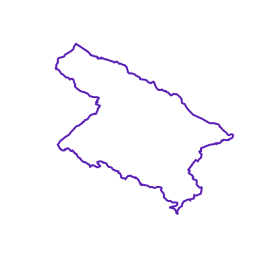 Pietrosani, Arges, Romania, rotated 127°
{"feature_id": "2599482B78356313934610", "entity_name": "Pietrosani", "entity_type": "district", "adm_level": 2, "iso_a3": "ROU", "parent_name": "Romania", "parent_adm1": "Arges", "projection": "albers", "projection_center": [24.853, 45.151], "detail": "fine", "context": "isolated", "style": "outline", "palette": "violet", "viewbox_px": 256, "rotation_deg": 127, "n_neighbors": 0, "source": "geoboundaries", "source_scale": "gbopen_adm2", "svg_char_len": 5827}
<svg xmlns="http://www.w3.org/2000/svg" viewBox="0 0 256 256"><g transform="rotate(127 128 128)"><path d="M183.7,174.0L184.0,173.1L184.8,171.2L185.2,169.9L185.7,169.2L185.2,167.8L185.2,167.5L185.4,167.1L184.7,165.9L183.9,165.2L183.2,165.6L182.9,165.6L182.1,164.5L181.0,164.5L180.6,164.0L180.2,162.9L180.6,160.7L180.8,160.0L180.4,159.3L179.5,159.0L179.3,158.3L179.4,157.9L179.9,157.3L179.8,156.7L179.9,155.6L180.1,155.4L180.3,154.7L179.8,154.0L179.8,153.6L180.0,152.9L180.5,152.3L181.0,151.5L181.0,150.5L181.4,150.0L181.3,149.4L181.1,148.9L181.1,147.6L181.1,147.4L181.6,146.9L181.7,145.2L182.1,143.8L181.9,143.2L181.3,142.0L180.9,140.3L181.0,138.5L180.5,137.3L181.5,135.3L181.8,135.0L181.3,134.6L180.9,134.8L180.3,134.8L179.5,134.1L179.2,134.1L179.0,133.9L178.4,132.2L178.1,129.9L177.7,128.6L177.3,128.2L176.0,127.7L175.5,127.3L175.2,127.3L175.1,128.2L174.5,129.0L174.8,130.2L174.7,130.6L173.8,131.9L172.8,131.6L171.0,129.8L170.8,128.8L170.5,128.4L170.3,127.5L170.6,127.1L170.5,126.5L169.8,125.8L169.8,125.2L169.4,124.6L169.4,123.5L169.9,122.6L170.3,122.1L170.3,121.5L170.7,120.8L170.6,119.7L169.8,118.6L169.7,118.2L169.6,116.8L170.1,115.4L170.0,114.3L170.1,114.0L170.1,113.8L169.6,113.2L169.6,112.1L169.1,111.0L168.7,110.5L168.7,109.9L168.5,109.5L169.2,109.1L169.7,108.5L169.1,107.5L169.1,107.2L170.1,104.9L170.4,104.6L171.4,104.2L171.4,102.2L171.0,101.4L170.3,100.7L170.3,99.2L167.8,99.3L166.2,99.0L165.4,97.9L164.5,97.2L164.3,96.9L164.5,95.4L163.9,94.4L163.7,92.2L162.9,92.2L162.9,89.8L163.3,88.1L165.3,84.3L164.8,84.2L165.3,82.5L164.5,82.3L162.8,78.8L162.2,77.2L162.0,74.7L161.3,74.2L160.6,73.3L160.3,72.2L160.3,71.4L159.5,70.4L158.2,69.5L157.2,69.1L155.7,66.3L155.6,65.5L155.8,64.9L157.5,64.6L158.4,62.7L158.6,60.7L159.9,58.8L160.8,58.2L161.5,57.9L161.9,56.5L162.0,54.7L162.4,53.8L162.0,51.8L161.7,51.3L161.0,50.7L160.7,49.9L160.7,47.6L160.3,46.9L159.3,46.0L158.8,45.2L158.2,44.0L158.2,43.4L159.7,42.5L160.5,42.5L162.4,43.7L165.7,46.6L166.1,46.7L166.3,46.6L165.1,43.9L164.6,42.1L165.4,39.8L166.9,38.0L166.6,36.1L166.1,37.6L164.8,38.6L161.2,39.0L159.9,38.7L157.8,38.0L155.7,39.2L154.0,39.1L153.1,39.3L151.5,38.2L150.8,38.1L150.0,37.7L148.2,36.3L148.3,34.8L147.3,35.1L144.6,33.0L141.7,34.7L141.3,33.3L140.1,32.3L136.8,30.4L135.5,30.8L131.3,33.1L131.1,33.6L132.4,34.7L132.5,35.8L132.3,36.3L132.2,37.4L132.2,38.0L131.8,39.3L129.0,41.1L128.7,42.1L129.0,43.6L129.3,44.1L129.6,44.9L129.4,45.9L129.0,46.3L127.9,46.2L127.7,46.4L127.2,48.5L127.5,51.6L127.3,52.5L126.9,52.7L125.6,52.6L125.0,53.0L125.0,53.9L125.1,54.7L119.6,54.6L119.6,54.8L112.9,54.7L112.5,52.2L110.4,52.4L108.6,52.0L107.3,51.9L106.2,52.8L105.4,53.0L104.6,53.5L104.5,54.5L104.5,56.0L104.1,56.2L103.8,56.8L103.4,56.8L103.2,56.3L102.5,55.7L102.1,55.8L101.7,56.4L100.2,57.5L92.4,52.8L88.9,49.4L87.9,49.2L87.9,48.7L87.7,47.7L86.9,47.4L86.3,47.6L86.3,47.2L85.8,47.0L85.7,46.7L85.6,46.3L85.2,45.8L84.7,45.8L83.9,45.4L82.6,45.4L81.8,45.8L81.7,45.8L81.7,45.4L81.2,44.7L80.6,44.6L80.0,44.8L78.2,41.7L77.4,41.0L77.3,40.8L77.0,40.8L76.8,40.3L75.4,40.3L74.4,39.4L73.6,39.1L72.4,38.9L70.6,39.6L70.3,40.5L70.4,41.1L71.7,42.5L72.9,42.9L73.3,43.6L73.2,44.5L72.8,45.6L72.5,47.6L72.5,51.3L71.8,53.4L71.9,55.5L71.5,55.7L70.9,56.5L70.8,57.6L70.9,58.7L72.0,60.8L72.0,61.7L75.0,65.7L76.0,74.1L78.2,84.0L77.3,90.0L76.7,92.7L74.8,97.4L75.1,97.9L75.4,100.0L74.5,101.1L73.0,102.1L72.1,104.4L71.6,108.9L71.7,109.4L72.3,110.2L73.2,112.1L75.6,112.8L76.1,113.4L75.9,113.9L76.1,114.2L75.8,116.0L75.6,116.8L75.5,117.4L76.0,118.5L76.1,119.3L75.8,119.7L75.7,120.2L75.8,120.5L76.7,121.4L76.9,122.6L76.7,123.8L77.1,124.3L77.5,124.3L79.0,126.0L79.3,127.6L79.2,128.3L77.8,131.6L76.6,133.4L75.6,135.3L76.4,136.1L76.9,136.1L78.4,136.6L79.2,139.2L78.8,142.4L80.3,145.4L81.5,147.1L81.6,147.5L81.6,147.9L80.9,148.3L80.7,149.1L80.7,150.0L81.3,152.9L81.1,154.8L81.8,157.2L83.1,159.3L83.7,159.8L83.4,160.8L83.5,161.5L83.4,161.8L83.1,161.9L80.0,166.1L80.2,166.9L79.9,167.3L79.8,167.9L80.0,168.4L80.0,168.9L80.5,169.7L80.8,171.0L80.7,171.7L80.9,172.0L81.4,173.1L82.0,173.6L81.7,175.3L81.8,176.1L81.6,176.6L82.0,177.2L82.6,177.7L83.3,177.8L84.0,178.5L83.9,179.6L84.0,180.2L84.4,181.0L85.0,182.5L85.0,183.1L85.6,184.4L85.9,185.3L85.8,185.8L87.0,187.9L87.7,191.5L87.8,191.6L88.4,191.0L90.5,193.6L89.8,194.2L90.3,194.9L89.9,195.2L89.8,196.0L90.7,197.4L91.4,199.2L91.7,200.7L92.1,201.1L92.2,201.7L92.0,202.4L91.5,203.5L91.2,206.7L91.3,206.9L91.2,207.5L91.2,208.0L91.4,209.1L92.0,220.1L94.6,220.2L95.6,220.0L97.8,219.2L98.8,219.2L101.3,219.9L107.4,222.4L108.8,222.1L109.7,222.2L113.0,224.8L114.3,225.6L116.2,224.9L117.4,223.6L117.8,223.7L118.2,223.4L118.6,223.5L119.2,223.3L120.3,223.4L121.2,222.9L121.6,222.5L122.9,222.0L122.9,221.6L123.9,221.5L124.2,220.8L123.7,220.2L123.4,218.7L123.4,217.7L124.8,214.0L124.5,213.1L124.4,212.0L124.6,211.1L124.6,210.4L124.9,207.9L124.2,206.9L123.7,206.0L123.7,205.6L124.3,203.9L124.1,203.4L123.0,203.1L122.4,202.2L122.1,201.2L122.5,200.4L124.1,198.3L125.0,196.5L125.4,196.1L126.0,196.0L126.6,195.6L127.0,194.5L126.9,193.7L127.2,192.9L127.1,189.7L127.2,188.8L126.6,186.4L125.6,184.5L125.4,182.5L124.9,181.8L124.9,180.2L125.3,179.0L125.5,178.0L125.3,177.2L124.8,176.1L124.6,175.1L124.3,174.5L122.9,172.5L122.6,171.8L121.8,171.1L121.8,170.1L121.5,169.5L122.5,169.0L124.2,169.4L124.8,169.2L125.4,168.6L125.5,167.9L125.8,167.9L126.0,168.6L126.6,168.5L126.7,168.8L128.2,167.9L127.7,166.6L127.6,164.5L127.2,164.0L128.2,163.5L129.7,163.8L130.7,163.5L131.1,163.6L131.9,162.9L134.3,162.6L135.3,162.0L135.6,162.0L136.1,162.5L136.7,162.7L136.9,163.5L137.1,163.8L138.9,164.7L140.1,165.5L141.5,165.8L143.7,165.6L144.4,165.8L145.0,165.6L145.5,165.6L147.5,167.1L150.0,167.1L150.7,167.8L152.3,167.6L153.7,168.2L155.5,168.7L157.9,170.4L161.6,170.6L164.5,171.0L169.1,171.1L172.9,172.7L176.1,173.4L178.4,174.1L179.6,174.3L181.5,174.0L183.7,174.0Z" fill="none" stroke="#5b21b6" stroke-width="2"/></g></svg>